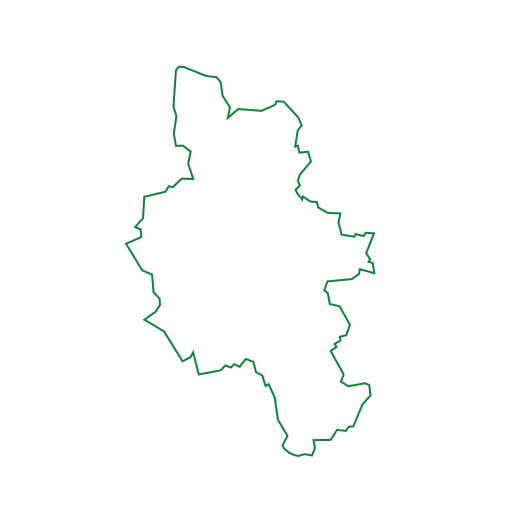 Strumitsa, Strumitsa, North Macedonia, rotated 47°
{"feature_id": "65306769B9612885815739", "entity_name": "Strumitsa", "entity_type": "district", "adm_level": 2, "iso_a3": "MKD", "parent_name": "North Macedonia", "parent_adm1": "Strumitsa", "projection": "natural_earth1", "projection_center": [22.651, 41.408], "detail": "fine", "context": "isolated", "style": "outline", "palette": "green", "viewbox_px": 512, "rotation_deg": 47, "n_neighbors": 0, "source": "geoboundaries", "source_scale": "gbopen_adm2", "svg_char_len": 1694}
<svg xmlns="http://www.w3.org/2000/svg" viewBox="0 0 512 512"><g transform="rotate(47 256 256)"><path d="M319.8,154.3L313.9,159.8L314.9,163.6L307.9,168.2L308.8,171.1L298.9,178.8L287.6,172.8L282.4,165.3L273.3,174.2L263.0,177.4L258.3,174.7L252.8,179.3L244.4,181.1L246.3,183.7L238.0,183.0L234.6,182.0L234.3,175.7L229.5,174.1L226.4,168.4L224.3,151.3L215.3,146.8L210.0,153.7L203.8,150.2L202.7,152.7L192.6,139.8L191.7,133.6L183.6,130.6L162.0,130.5L156.8,135.6L158.4,138.9L153.7,152.9L136.4,168.8L135.8,182.4L129.5,173.7L116.0,171.1L104.9,163.4L98.3,162.9L90.4,169.7L68.8,179.8L65.0,183.2L65.5,187.8L90.5,214.5L99.4,218.8L110.6,232.8L120.8,239.4L125.5,234.2L135.1,232.6L142.2,242.6L156.9,249.4L148.8,257.4L148.9,270.1L145.6,271.9L147.2,278.5L136.5,297.3L151.3,312.8L152.4,324.6L157.9,322.2L163.9,327.1L158.4,342.7L188.9,349.0L198.7,344.7L212.7,355.7L221.5,355.6L226.4,359.7L228.3,367.3L226.5,381.1L248.5,374.7L282.9,381.5L285.3,373.1L283.6,367.7L303.6,378.6L315.6,359.7L315.1,353.0L320.4,350.5L320.3,345.6L325.9,343.5L324.3,333.7L331.7,330.1L340.9,335.2L347.7,332.9L357.6,337.7L358.4,334.2L372.2,338.8L390.7,351.6L409.1,355.7L412.6,365.8L416.1,366.8L422.8,365.8L427.6,363.9L430.9,361.6L431.4,360.8L434.0,355.7L440.1,351.0L436.6,343.9L429.9,339.5L441.4,326.8L438.5,315.3L445.2,309.5L444.2,304.5L447.0,301.0L437.2,279.5L436.0,267.2L427.6,261.2L423.4,263.1L414.2,277.3L405.8,279.5L402.3,272.6L376.4,266.2L377.5,259.3L374.0,258.3L375.5,251.9L372.2,249.9L375.5,244.1L370.4,234.2L349.7,229.1L341.5,234.8L332.2,228.9L327.6,229.4L323.3,221.1L338.3,201.6L339.4,192.9L336.5,189.0L349.3,181.2L340.7,175.4L337.1,177.6L336.1,174.7L329.2,173.6L319.8,154.3Z" fill="none" stroke="#15803d" stroke-width="2"/></g></svg>